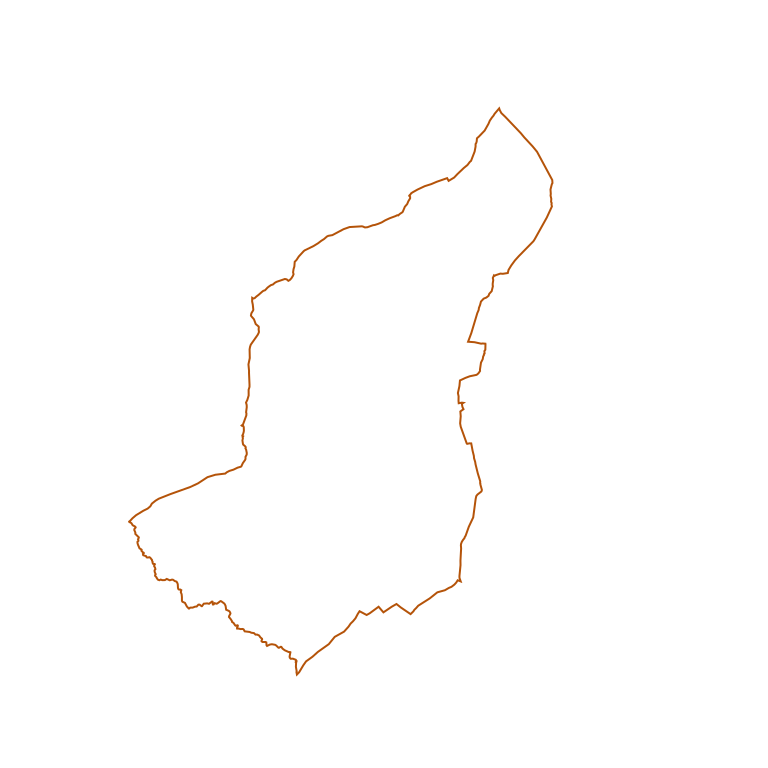 the district of Motavita, Boyacá, Colombia, rotated 28°
{"feature_id": "7082276B58425641654458", "entity_name": "Motavita", "entity_type": "district", "adm_level": 2, "iso_a3": "COL", "parent_name": "Colombia", "parent_adm1": "Boyacá", "projection": "natural_earth1", "projection_center": [-73.383, 5.614], "detail": "fine", "context": "isolated", "style": "outline", "palette": "amber", "viewbox_px": 768, "rotation_deg": 28, "n_neighbors": 0, "source": "geoboundaries", "source_scale": "gbopen_adm2", "svg_char_len": 6157}
<svg xmlns="http://www.w3.org/2000/svg" viewBox="0 0 768 768"><g transform="rotate(28 384 384)"><path d="M438.4,127.5L436.8,124.9L410.1,107.1L403.6,104.4L392.1,100.4L387.0,98.3L365.7,91.2L360.4,89.7L357.7,87.9L356.3,86.6L354.8,93.5L354.7,95.7L354.2,98.1L353.8,101.7L354.1,105.4L353.9,113.0L351.5,121.4L350.8,123.1L350.8,123.6L352.0,126.4L352.3,128.1L352.2,129.1L353.4,131.4L354.9,136.2L356.1,146.1L355.5,147.6L354.9,151.4L353.1,155.7L350.3,164.1L349.0,168.8L345.7,174.3L343.1,172.6L335.7,180.6L331.9,185.3L327.1,190.2L322.3,196.6L319.3,201.3L318.4,203.0L318.3,204.9L318.0,205.1L317.9,206.0L319.2,206.5L319.9,207.8L319.7,211.3L320.0,214.2L319.2,217.7L319.7,223.0L319.6,223.7L318.1,226.5L317.4,228.5L316.5,228.7L315.2,230.5L311.2,235.0L308.3,238.8L306.1,242.4L303.7,245.3L301.3,247.8L299.7,249.0L295.7,253.4L293.7,254.7L291.2,254.9L290.2,255.3L279.9,261.6L275.6,266.3L268.5,276.8L265.3,279.3L264.4,280.5L263.0,284.2L261.4,287.0L259.7,290.7L257.0,295.3L251.2,303.3L250.7,304.5L248.9,311.4L248.5,315.7L247.8,318.0L249.7,322.4L250.2,325.0L251.3,328.1L252.6,329.5L252.8,331.3L252.6,334.2L252.0,336.4L251.1,337.8L249.0,337.3L247.2,337.8L241.2,344.2L240.1,345.9L239.2,348.3L237.8,349.7L236.6,352.0L235.9,353.6L235.0,357.0L233.7,358.4L233.1,359.7L231.4,364.2L230.2,366.8L229.5,368.9L228.5,369.9L227.2,369.8L228.8,373.0L230.8,375.4L233.7,379.7L233.9,380.4L233.7,383.8L234.3,385.9L234.9,386.4L238.8,387.9L242.6,391.3L246.3,392.1L246.8,392.6L247.7,394.7L249.0,396.5L249.3,397.3L249.4,399.8L247.9,411.8L248.3,414.2L249.1,416.6L253.3,424.1L255.1,430.3L258.7,435.8L259.5,437.4L265.6,447.8L266.6,449.7L267.2,452.7L269.9,457.7L270.8,462.2L270.9,465.2L272.6,467.0L273.7,468.9L275.5,473.7L276.3,474.5L277.2,476.4L278.5,486.0L277.8,487.5L278.2,487.6L279.5,487.2L280.4,487.9L282.1,490.8L282.6,492.1L283.1,494.4L283.1,496.0L283.3,496.3L284.2,496.3L284.2,497.4L284.9,498.2L285.5,500.3L287.5,503.0L288.1,503.6L290.7,504.2L291.6,504.7L291.9,505.9L293.0,506.6L295.2,509.3L295.9,510.8L295.9,513.3L296.9,515.2L297.0,516.3L296.5,520.1L296.7,523.7L296.4,524.3L294.0,526.6L291.3,530.3L288.3,533.3L286.6,535.8L285.9,537.6L277.7,543.3L271.9,549.1L266.4,559.1L261.2,566.0L247.0,581.6L239.0,591.0L237.1,594.2L235.2,598.6L235.1,601.7L233.8,605.0L231.0,608.9L226.7,616.2L225.0,620.5L224.1,623.9L223.6,625.1L224.1,625.5L225.0,625.3L226.4,625.5L228.4,626.7L230.9,626.7L232.0,627.1L232.1,627.3L231.7,629.0L232.0,630.1L234.2,631.9L234.8,633.1L239.5,634.5L239.7,634.9L239.7,636.6L240.4,637.1L240.8,637.8L240.4,639.0L240.9,640.0L242.1,641.3L245.3,643.9L247.5,644.0L247.8,644.1L248.1,645.1L250.0,645.8L251.0,645.8L251.3,646.0L250.9,647.2L251.8,648.2L254.8,647.7L255.8,648.5L257.0,648.1L258.1,647.1L259.1,647.1L261.8,648.3L262.1,648.9L263.1,649.5L263.5,650.4L264.2,651.0L264.6,651.2L266.0,650.6L266.3,650.7L266.3,652.1L266.6,652.8L268.0,653.6L269.1,654.8L268.9,655.8L269.1,656.7L270.2,658.0L271.7,659.1L271.6,660.2L271.9,660.8L274.1,661.6L274.5,662.1L276.2,662.9L277.8,662.7L278.7,661.5L280.3,661.3L282.6,660.0L283.7,658.1L287.0,657.9L288.7,656.2L289.7,655.9L291.8,656.2L293.6,655.9L294.9,656.7L295.9,657.6L297.9,660.9L298.9,661.7L299.7,661.7L300.7,661.1L301.8,661.2L302.3,663.2L304.0,664.6L305.6,667.0L307.2,670.0L307.9,670.7L308.3,670.9L311.0,670.7L314.4,673.0L317.0,673.9L317.5,673.6L317.7,672.7L318.1,672.3L320.0,671.3L321.7,669.3L323.1,668.4L323.7,666.0L324.3,665.6L324.8,665.4L327.3,665.8L327.6,665.6L328.0,662.6L330.9,660.7L332.7,660.2L334.3,656.8L334.8,656.7L336.1,658.7L336.6,659.0L337.1,658.5L337.2,657.1L339.3,656.6L339.8,656.1L341.4,652.7L341.8,652.3L342.6,652.3L346.0,652.8L347.0,653.3L348.3,654.3L350.6,657.4L353.4,657.2L354.3,657.3L355.5,658.0L356.2,658.8L356.2,661.6L356.5,662.5L359.1,663.6L361.0,664.7L361.5,665.4L363.3,665.6L365.9,667.0L366.4,667.1L368.0,665.8L368.5,666.1L368.7,668.3L369.1,668.9L370.8,668.1L372.3,667.8L374.3,666.6L375.3,666.6L377.1,667.8L381.8,666.0L383.6,665.9L386.1,665.0L388.2,665.6L389.7,664.8L391.8,664.7L393.7,665.7L395.9,666.2L396.3,666.7L396.3,667.9L396.6,668.6L397.2,668.8L397.9,668.8L400.6,667.4L401.4,667.4L402.9,669.8L403.7,670.2L405.6,667.6L407.2,666.4L410.3,665.4L411.6,665.5L414.6,666.4L415.1,666.2L416.2,664.5L416.8,664.3L418.7,665.3L421.4,665.7L425.8,665.4L426.8,664.8L427.3,664.8L428.6,669.0L429.3,669.9L430.6,670.4L432.5,669.3L435.6,668.9L436.0,669.3L436.5,670.6L437.0,670.2L437.3,671.5L439.0,675.1L441.9,678.8L441.9,679.4L443.5,681.4L444.4,678.3L444.8,670.3L445.4,665.5L448.9,658.4L451.4,651.6L457.4,639.6L459.2,630.4L465.0,621.4L466.6,614.9L467.0,611.2L468.0,608.1L468.8,604.3L468.8,599.3L469.1,596.1L477.1,596.1L479.0,593.2L483.8,583.2L490.7,585.9L495.4,577.0L498.3,572.4L503.7,573.4L515.5,574.7L516.7,570.9L516.8,569.2L517.6,566.7L518.3,563.7L525.0,551.9L528.9,542.9L534.6,537.5L537.0,533.6L538.8,531.4L540.3,528.1L541.0,525.4L541.2,522.7L544.4,522.3L541.7,519.8L540.8,518.2L536.6,508.0L534.4,504.0L529.3,493.0L527.6,490.3L527.1,489.0L526.8,486.8L527.0,484.3L527.4,482.5L527.2,481.4L527.3,479.6L525.9,470.2L525.4,459.9L518.9,442.5L518.1,439.7L518.4,437.8L520.4,433.3L520.4,432.4L520.1,431.5L516.3,427.5L515.8,426.6L515.4,426.4L514.8,425.0L514.2,424.3L508.8,418.9L502.6,412.0L501.0,409.9L498.3,407.2L497.1,405.3L493.6,401.4L488.9,395.5L487.3,396.3L485.5,397.8L484.9,397.6L471.8,385.7L469.7,383.0L466.9,376.5L464.3,372.4L466.0,368.9L464.2,367.6L462.6,365.7L462.1,364.9L462.9,363.4L461.5,363.9L459.0,365.9L457.7,363.9L455.6,359.8L453.5,357.3L451.6,350.5L449.4,345.2L453.1,340.3L456.1,336.9L461.4,332.5L461.9,331.5L462.4,330.0L462.7,327.4L462.0,326.3L459.6,319.6L459.5,315.7L458.6,313.0L458.7,311.8L458.2,310.7L458.5,309.9L457.2,307.8L457.4,306.2L454.9,301.2L454.6,300.8L452.1,301.9L450.8,302.8L444.3,304.6L438.4,307.2L437.2,298.1L433.1,277.6L432.8,274.1L432.1,272.3L431.7,269.0L430.9,265.7L431.9,261.9L433.8,259.6L434.9,257.1L434.6,254.9L435.5,251.5L434.2,246.4L433.6,245.8L432.8,244.2L431.7,241.0L430.3,239.3L430.1,236.4L430.9,236.5L431.6,235.4L434.9,231.9L437.2,230.9L441.2,227.9L440.4,224.8L440.7,219.6L441.6,213.4L443.0,207.8L448.9,187.8L449.1,185.6L449.6,160.6L448.9,148.4L447.5,146.7L447.1,145.5L446.0,144.7L444.8,142.0L442.6,139.4L442.0,137.8L439.7,134.1L438.4,128.9L438.4,127.5Z" fill="none" stroke="#b45309" stroke-width="2"/></g></svg>